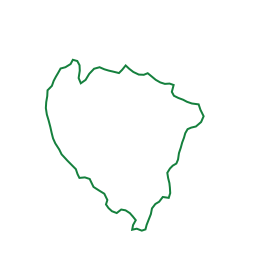 Senador José Bento, Minas Gerais, Brazil (Mercator projection), rotated 140°
{"feature_id": "56859067B70195017635128", "entity_name": "Senador José Bento", "entity_type": "district", "adm_level": 2, "iso_a3": "BRA", "parent_name": "Brazil", "parent_adm1": "Minas Gerais", "projection": "mercator", "projection_center": [-46.142, -22.156], "detail": "fine", "context": "isolated", "style": "outline", "palette": "green", "viewbox_px": 256, "rotation_deg": 140, "n_neighbors": 0, "source": "geoboundaries", "source_scale": "gbopen_adm2", "svg_char_len": 1387}
<svg xmlns="http://www.w3.org/2000/svg" viewBox="0 0 256 256"><g transform="rotate(140 128 128)"><path d="M169.4,204.3L174.0,200.4L178.1,196.1L181.5,190.5L184.0,184.7L186.9,178.6L189.7,173.2L192.1,168.2L193.6,162.9L194.5,155.7L195.8,150.5L195.4,141.9L194.9,135.9L194.4,130.0L196.3,125.1L197.3,121.0L192.8,117.9L190.1,113.6L191.3,109.0L192.3,105.0L190.2,98.3L188.4,92.9L190.1,86.1L194.0,83.6L194.4,79.2L193.8,74.6L191.3,70.1L185.6,69.9L182.8,66.5L181.3,61.6L181.2,56.9L181.3,52.4L186.5,50.4L190.2,47.4L186.0,45.2L183.4,40.5L179.8,39.1L176.0,41.8L170.7,44.7L165.9,47.3L161.3,51.0L155.9,52.2L151.5,51.5L145.7,52.8L141.7,48.3L137.5,51.0L134.1,55.6L131.7,59.2L129.4,63.9L126.7,68.4L121.9,70.0L117.9,70.4L113.8,69.7L109.9,71.7L105.1,76.0L100.2,79.0L95.9,82.0L91.3,84.6L87.5,87.2L83.1,88.8L79.4,87.7L75.0,85.5L68.1,85.6L62.5,88.4L60.8,95.4L58.7,100.7L63.3,105.7L66.0,110.2L67.6,114.2L70.2,118.8L72.1,123.2L71.2,127.5L65.4,131.6L67.6,135.3L71.4,138.1L74.0,142.2L75.8,147.1L76.7,152.1L77.7,157.3L81.7,158.6L85.4,162.0L87.9,167.5L89.0,172.5L89.6,177.4L95.2,176.3L99.6,175.9L103.1,180.7L105.9,184.4L108.4,188.2L110.7,192.8L115.9,195.2L122.9,194.4L129.6,192.1L135.4,192.6L133.7,198.0L128.1,202.9L124.8,207.2L123.8,211.9L126.4,215.7L130.9,213.9L136.9,214.8L141.4,216.9L145.9,215.2L150.4,213.6L154.6,211.9L159.2,209.2L165.4,208.6L169.4,204.3Z" fill="none" stroke="#15803d" stroke-width="2"/></g></svg>